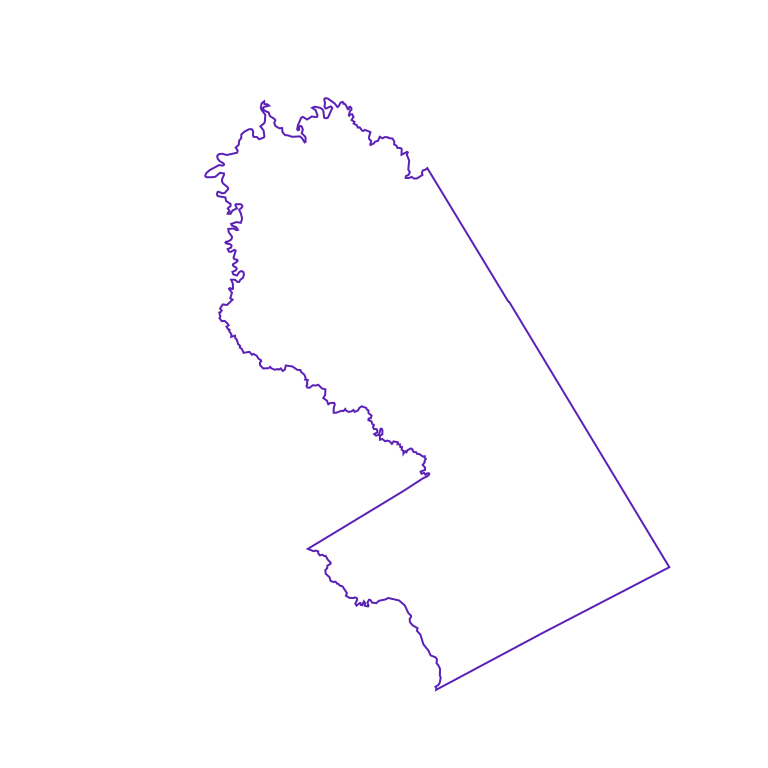 San Luis, Petén, Guatemala (Albers equal-area conic projection), rotated 59°
{"feature_id": "79465075B4836456001209", "entity_name": "San Luis", "entity_type": "district", "adm_level": 2, "iso_a3": "GTM", "parent_name": "Guatemala", "parent_adm1": "Petén", "projection": "albers", "projection_center": [-89.769, 16.056], "detail": "fine", "context": "isolated", "style": "outline", "palette": "violet", "viewbox_px": 768, "rotation_deg": 59, "n_neighbors": 0, "source": "geoboundaries", "source_scale": "gbopen_adm2", "svg_char_len": 6142}
<svg xmlns="http://www.w3.org/2000/svg" viewBox="0 0 768 768"><g transform="rotate(59 384 384)"><path d="M545.9,525.7L549.6,523.7L551.8,520.3L552.0,518.7L553.6,517.6L555.1,518.1L557.5,521.7L559.8,521.7L559.3,517.4L559.9,516.9L561.5,517.6L562.4,516.6L559.9,513.2L562.2,513.0L564.0,514.7L566.5,512.3L566.2,511.5L562.8,510.7L561.2,507.9L562.2,506.9L565.3,506.8L567.9,503.4L567.2,500.0L569.4,493.8L569.6,490.6L577.3,482.6L584.5,480.2L592.7,481.1L596.5,480.2L597.5,480.7L598.5,482.9L601.4,484.4L605.5,483.8L610.6,481.0L612.5,482.9L617.6,481.9L627.5,484.3L635.5,483.2L640.6,483.8L644.9,480.6L647.3,480.4L650.4,482.8L652.8,482.3L657.1,482.7L662.7,486.3L664.7,486.5L668.8,490.1L670.0,492.4L670.0,495.8L672.1,495.9L673.0,496.8L679.0,378.0L688.0,233.8L378.0,234.4L377.6,235.0L221.2,235.7L221.6,238.2L220.9,240.6L222.5,242.8L224.6,243.3L224.8,249.8L223.4,252.4L220.7,253.7L220.2,256.7L218.5,259.3L217.1,258.1L217.4,255.3L215.8,252.8L212.6,252.7L205.4,247.3L199.3,246.4L197.7,244.3L196.9,244.7L196.5,250.9L191.7,247.8L190.4,248.2L188.5,250.9L186.2,250.6L183.8,251.9L181.5,250.3L178.0,250.3L175.6,253.4L174.6,253.5L172.8,256.1L172.6,258.8L169.9,260.3L172.4,263.8L171.8,266.8L172.5,269.3L172.2,272.4L171.4,272.3L169.1,269.8L166.3,270.5L164.5,269.6L161.1,265.9L156.3,269.5L156.5,271.2L155.7,272.2L151.4,272.7L150.7,274.4L148.2,274.0L145.1,275.9L144.1,274.3L141.0,275.9L139.4,272.6L136.3,272.4L135.5,274.4L136.2,275.6L135.6,275.8L132.6,272.7L132.2,270.7L130.6,269.8L128.8,270.2L128.9,271.8L130.1,272.4L129.9,273.5L125.6,273.1L124.0,273.3L122.7,274.5L121.8,273.8L120.8,274.3L120.4,276.2L122.6,280.0L122.6,281.3L118.0,281.8L110.5,285.1L109.0,286.6L108.8,288.1L109.9,289.0L112.2,289.5L115.6,292.1L117.4,292.2L118.0,291.9L118.6,286.7L120.7,286.1L126.7,294.7L126.7,296.1L125.5,297.9L124.2,297.9L118.7,295.3L116.7,295.3L114.4,296.5L110.7,300.4L110.3,303.3L113.9,301.6L119.3,302.6L120.5,303.5L120.0,305.2L117.5,308.1L117.7,313.7L113.2,316.0L113.1,317.8L117.9,324.5L121.0,327.3L122.2,327.0L122.4,325.8L120.2,324.7L119.6,323.3L120.0,322.3L121.4,322.0L124.1,322.5L126.6,325.3L131.4,324.2L132.8,324.5L136.0,326.5L136.0,327.6L131.4,327.6L128.5,328.5L124.8,335.4L121.2,338.5L119.8,340.6L115.9,341.3L112.1,339.5L110.9,342.0L106.9,344.2L103.6,343.6L101.9,341.3L100.6,341.3L95.5,343.8L91.9,343.0L88.8,345.2L86.2,346.1L85.1,345.6L84.7,344.3L86.2,339.2L84.4,339.8L82.4,342.3L80.0,341.2L80.4,344.3L83.5,347.2L86.0,347.8L92.1,347.1L97.5,350.8L98.7,352.2L99.5,357.3L104.6,356.6L110.1,359.0L110.8,360.1L109.9,365.0L106.8,365.8L105.0,368.5L103.3,368.2L99.8,365.9L97.5,366.1L96.1,368.5L95.8,373.6L96.6,377.7L99.8,379.9L100.8,382.8L104.1,385.3L105.0,389.4L108.6,389.2L110.1,390.8L106.8,400.7L103.1,404.4L101.9,407.4L102.7,409.6L105.2,410.5L108.0,410.2L112.4,407.9L113.7,408.2L113.8,409.6L111.4,412.8L110.9,423.2L111.7,427.6L113.3,429.9L114.2,430.2L115.7,429.2L118.9,423.5L119.5,421.6L118.5,415.9L121.0,412.8L122.1,413.2L125.3,417.6L127.1,418.6L129.4,418.6L135.0,416.6L136.6,417.1L138.2,422.0L137.5,424.1L133.9,426.9L133.8,428.0L135.5,429.6L137.3,429.7L142.4,423.9L145.8,425.1L150.7,422.8L152.4,423.8L153.0,427.5L156.5,427.3L156.6,429.3L157.5,430.3L159.1,427.9L157.3,424.4L157.7,419.6L154.1,419.3L153.6,418.2L156.3,414.0L158.6,413.7L159.5,414.7L160.1,418.5L163.8,418.8L169.1,420.4L172.1,423.7L169.2,427.1L168.1,432.6L169.7,432.8L173.5,429.9L176.6,429.8L176.2,431.2L173.3,432.7L170.9,437.6L173.9,438.9L179.2,438.4L180.6,439.2L181.5,440.8L181.5,444.3L180.7,446.1L181.1,447.1L182.2,446.9L184.9,443.9L186.7,443.3L188.3,444.7L187.8,448.5L190.8,448.7L191.9,447.0L191.9,443.3L193.2,442.4L198.2,447.9L200.1,447.9L201.8,445.9L202.9,445.9L203.5,447.1L203.6,451.9L205.1,452.4L207.9,450.8L209.3,450.8L210.3,452.5L209.8,456.2L212.4,456.7L215.3,454.2L213.5,450.4L213.7,448.1L215.5,446.9L218.0,447.6L220.3,450.2L220.7,453.7L221.9,455.5L221.2,456.9L217.7,458.2L215.9,461.3L220.2,461.9L224.5,464.4L224.6,465.1L222.4,466.7L222.7,467.9L227.5,467.3L231.3,471.6L233.7,470.4L235.4,477.9L232.7,481.3L234.9,485.7L237.5,485.3L238.3,487.2L237.9,488.4L241.9,489.6L242.8,491.1L246.6,490.7L247.8,488.1L251.7,487.0L253.7,487.0L253.8,489.5L256.5,489.4L257.9,488.5L258.4,489.4L262.9,489.2L264.9,490.7L265.8,486.8L268.4,487.9L270.0,487.3L274.6,488.5L277.2,487.7L278.5,488.8L280.9,487.8L285.0,488.3L287.1,482.8L290.9,482.1L291.0,480.4L294.1,478.6L297.8,478.5L300.4,477.2L301.3,477.7L301.8,479.4L303.9,480.5L308.5,479.5L310.9,475.0L310.7,472.7L312.5,472.5L315.5,470.3L316.4,467.5L317.5,466.8L317.5,464.4L320.6,464.2L320.7,461.8L317.6,458.6L321.8,453.5L327.2,451.0L329.0,448.4L330.8,448.9L334.9,447.5L338.7,448.1L339.6,449.3L341.4,447.3L342.7,449.1L344.8,449.9L345.6,451.4L347.5,451.6L348.9,449.7L348.4,445.7L350.2,443.2L350.8,440.7L355.6,439.6L358.5,437.0L363.1,440.1L364.8,443.3L368.9,441.5L372.7,442.2L372.6,439.8L374.6,436.4L376.3,436.8L378.7,439.5L382.7,442.0L384.1,439.5L385.0,434.4L386.3,432.7L385.5,430.1L387.0,430.3L389.7,428.7L390.7,425.9L390.5,423.6L392.8,423.5L393.2,419.8L391.7,417.2L391.7,414.5L395.3,411.6L397.3,411.8L398.5,410.9L401.0,412.3L404.6,410.9L406.5,412.9L405.7,414.9L406.9,416.0L409.6,414.0L412.5,414.6L414.0,413.8L415.4,415.7L417.4,415.8L418.9,413.6L420.2,413.6L422.0,414.8L421.9,418.2L424.2,417.4L424.9,414.5L420.6,409.9L421.2,409.0L422.7,409.1L426.2,411.3L426.4,414.3L429.7,416.1L430.3,413.7L433.6,412.6L434.2,410.4L436.0,408.7L439.4,408.1L438.1,405.4L441.1,402.1L442.6,403.5L443.9,401.4L446.5,402.5L447.3,401.1L449.4,402.7L451.5,401.9L453.7,403.2L452.5,400.5L454.1,399.9L452.8,398.1L453.1,394.1L455.0,393.2L455.9,393.8L457.8,393.4L459.0,391.6L461.0,391.6L462.4,389.7L466.2,388.0L467.0,386.3L467.9,387.1L469.8,386.7L470.8,388.8L472.1,389.5L473.2,392.5L476.8,391.9L478.8,393.1L477.9,397.7L478.6,398.0L480.2,398.0L480.9,395.4L483.2,395.2L482.8,393.1L483.6,391.5L484.3,391.5L485.0,392.2L485.4,395.1L484.9,398.9L485.7,422.4L486.1,534.2L490.9,530.6L491.7,528.2L493.6,526.6L495.2,527.6L497.9,527.2L498.6,524.8L500.8,523.7L501.3,522.5L505.3,522.7L509.9,521.8L510.6,522.6L510.6,526.1L512.6,527.6L513.4,530.2L516.6,531.7L521.7,530.2L525.1,531.2L527.7,529.4L528.5,527.3L530.9,527.1L531.6,526.2L534.2,525.6L536.1,523.8L544.2,523.5L545.9,525.7Z" fill="none" stroke="#5b21b6" stroke-width="2"/></g></svg>